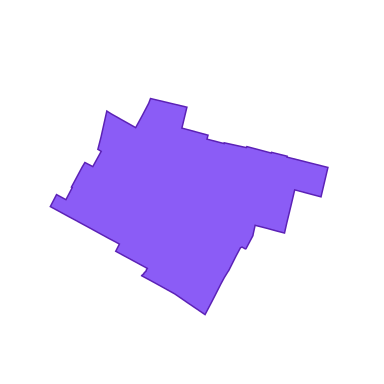 Mercedes, Buenos Aires, Argentina, rotated 150°
{"feature_id": "61730980B17018817153702", "entity_name": "Mercedes", "entity_type": "district", "adm_level": 2, "iso_a3": "ARG", "parent_name": "Argentina", "parent_adm1": "Buenos Aires", "projection": "natural_earth1", "projection_center": [-59.369, -34.7], "detail": "fine", "context": "isolated", "style": "filled", "palette": "violet", "viewbox_px": 384, "rotation_deg": 150, "n_neighbors": 0, "source": "geoboundaries", "source_scale": "gbopen_adm2", "svg_char_len": 1542}
<svg xmlns="http://www.w3.org/2000/svg" viewBox="0 0 384 384"><g transform="rotate(150 192 192)"><path d="M322.0,250.2L311.3,232.7L299.9,214.2L287.2,193.3L284.4,188.9L280.9,183.2L287.7,178.8L278.3,163.5L268.9,148.2L269.1,148.1L269.4,147.9L269.5,147.9L269.8,147.7L270.1,147.6L270.3,147.4L270.6,147.2L270.8,147.1L270.9,146.9L271.0,146.8L271.1,146.6L271.3,146.5L271.5,146.5L271.6,146.4L271.8,146.4L272.1,146.2L272.3,146.2L272.6,146.2L272.8,146.2L273.0,146.1L273.3,146.0L273.5,145.9L273.8,145.8L274.0,145.7L274.3,145.7L274.5,145.5L274.6,145.3L274.8,145.3L274.9,145.2L275.0,145.1L275.3,145.2L275.5,145.2L275.8,145.0L276.0,145.0L276.3,144.9L276.5,144.8L276.9,144.9L277.1,144.9L277.3,144.9L277.5,144.7L269.5,131.7L257.8,112.2L251.3,98.5L242.0,79.3L230.6,86.5L223.6,91.0L213.2,97.8L206.7,101.8L200.4,105.2L199.6,105.5L186.1,114.4L177.9,119.5L176.2,119.3L174.3,116.1L173.6,115.9L161.1,123.7L160.2,124.8L154.0,131.6L145.6,123.4L138.0,115.7L132.4,110.2L125.4,117.8L118.9,124.6L114.9,128.8L111.2,132.7L102.0,142.5L82.7,123.3L62.0,145.3L92.3,174.7L91.7,175.4L103.3,186.6L103.9,186.1L114.2,196.4L121.8,203.9L122.1,203.7L122.3,203.7L122.5,203.5L122.6,203.3L122.8,203.3L123.0,203.5L129.5,209.4L139.5,218.5L140.0,217.9L140.1,218.0L152.6,230.3L149.7,233.2L168.8,252.4L154.0,268.0L181.2,293.7L185.1,290.5L196.8,283.1L208.6,275.9L217.9,291.6L222.9,300.1L225.3,304.7L243.3,285.1L252.2,276.0L250.3,272.6L265.2,263.6L270.0,271.1L274.5,268.6L294.0,256.5L293.5,255.7L305.0,248.4L310.6,257.5L322.0,250.2Z" fill="#8b5cf6" stroke="#5b21b6" stroke-width="1.5"/></g></svg>